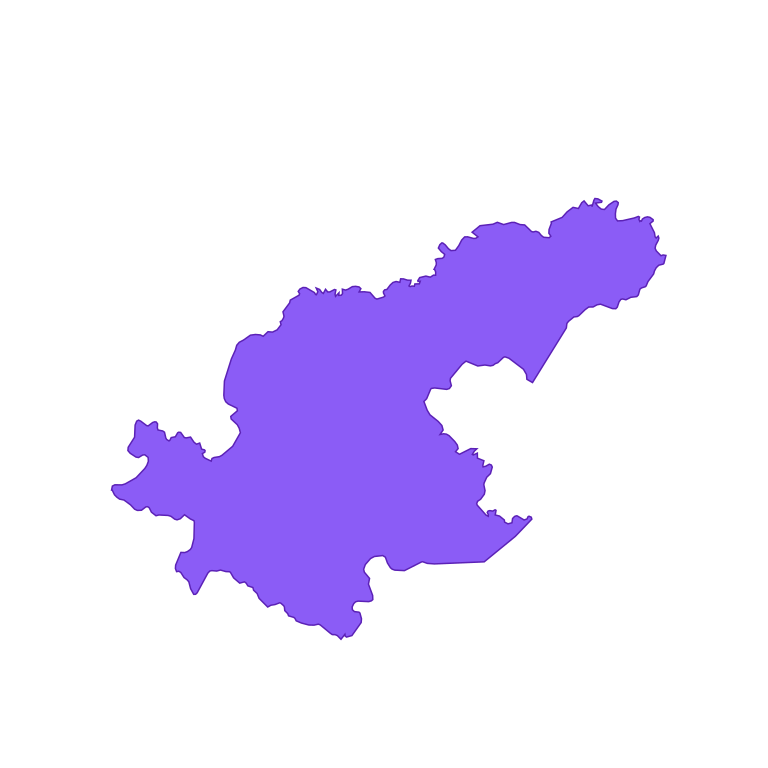 an SVG outline of Savanes, rotated 300°
{"feature_id": "CIV-3431", "entity_name": "Savanes", "entity_type": "Department", "adm_level": 1, "iso_a3": "CIV", "parent_name": "Ivory Coast", "parent_adm1": "", "projection": "albers", "projection_center": [-5.464, 9.628], "detail": "fine", "context": "isolated", "style": "filled", "palette": "violet", "viewbox_px": 768, "rotation_deg": 300, "n_neighbors": 0, "source": "natural_earth", "source_scale": "10m", "svg_char_len": 6171}
<svg xmlns="http://www.w3.org/2000/svg" viewBox="0 0 768 768"><g transform="rotate(300 384 384)"><path d="M351.7,240.3L359.5,243.9L362.6,247.9L364.7,252.4L364.9,255.5L371.3,257.4L373.2,261.5L377.5,264.4L383.9,265.2L386.1,263.0L387.7,263.9L390.7,264.0L392.7,263.5L396.0,260.4L407.0,261.7L409.8,260.9L418.4,266.0L420.0,265.8L421.3,263.4L424.2,263.7L427.1,265.6L428.4,268.2L428.4,278.0L427.3,280.0L427.5,280.8L430.8,280.6L433.2,277.3L433.7,281.0L432.2,284.2L432.1,286.2L436.8,286.0L435.6,289.2L436.6,291.0L441.1,293.9L441.4,295.3L437.3,296.7L435.7,298.2L440.5,299.4L438.1,300.5L439.5,302.6L441.5,302.9L445.3,300.5L446.1,303.7L448.0,305.4L452.5,307.9L454.4,310.6L455.6,313.9L455.0,316.3L451.3,316.4L454.0,320.8L456.3,326.1L453.8,333.4L454.0,335.4L459.1,340.2L460.7,340.8L462.6,338.0L463.9,337.2L465.9,337.5L467.3,339.2L472.9,339.9L476.4,341.0L478.8,343.2L480.0,346.9L483.4,345.8L484.8,348.4L485.7,352.5L487.4,355.5L484.5,356.5L481.4,356.6L481.4,357.9L482.9,359.3L483.8,361.4L486.1,360.7L488.4,364.5L491.1,364.0L489.8,362.2L490.4,361.6L494.0,361.7L498.4,366.3L499.7,370.7L503.0,372.4L504.0,374.3L506.9,372.7L508.6,370.4L508.4,370.0L513.2,369.7L515.3,368.6L517.5,366.2L519.5,367.9L522.0,371.7L524.1,372.4L526.6,371.7L527.3,367.4L528.9,363.1L532.6,362.7L535.1,363.5L535.5,364.4L535.1,367.5L533.4,372.1L533.0,375.3L535.5,379.0L541.2,379.6L547.5,379.3L551.7,380.3L553.3,382.9L554.8,388.7L556.0,390.6L558.4,391.8L559.5,384.4L569.1,388.0L576.9,398.5L580.7,401.3L581.9,407.9L587.8,413.8L589.2,416.3L590.1,422.1L592.1,426.3L589.8,435.5L590.2,437.1L592.2,439.2L592.7,442.2L591.3,446.0L590.9,448.9L593.3,453.9L595.4,454.6L597.0,451.4L600.3,449.7L606.9,448.6L607.9,447.7L617.4,455.0L624.6,456.5L631.5,459.4L633.2,464.6L639.8,464.6L642.6,465.7L640.4,471.7L642.9,474.4L641.6,475.5L648.1,473.9L650.1,473.9L651.3,476.7L651.4,481.3L650.1,481.5L646.4,476.7L644.7,480.9L644.1,484.8L645.4,487.7L651.7,489.2L657.2,491.9L658.6,493.8L658.2,496.2L656.3,497.0L651.4,497.5L647.1,499.3L643.4,501.6L642.0,504.7L644.8,509.0L652.9,517.7L656.3,520.5L656.3,521.8L654.1,522.4L652.7,524.3L653.6,524.6L653.8,525.5L656.0,525.3L658.5,526.5L660.5,528.6L661.3,531.0L660.9,534.9L659.7,535.6L655.8,534.1L650.3,542.5L647.0,545.2L646.5,546.7L649.2,547.5L647.8,549.1L645.4,549.7L640.1,549.9L637.1,550.9L635.4,553.3L633.6,559.7L635.3,561.2L636.3,563.9L628.3,566.1L627.4,565.8L624.3,562.6L620.8,561.6L617.2,561.7L614.1,562.5L604.6,561.4L600.0,562.0L598.8,561.6L596.0,559.0L594.1,558.2L588.3,559.7L586.1,559.2L582.5,554.4L577.9,551.4L577.0,548.2L575.7,546.8L572.6,546.5L567.2,547.6L565.1,547.1L563.5,544.1L561.4,531.6L559.1,528.9L555.3,526.6L553.0,522.8L548.9,521.0L540.6,518.6L539.1,517.7L537.0,514.9L530.6,512.5L527.9,512.1L523.7,513.9L459.5,511.9L459.5,505.4L463.5,502.6L466.5,497.4L468.8,479.3L468.0,475.1L466.7,474.1L459.3,471.9L457.3,470.2L454.7,469.1L452.9,467.1L450.9,461.9L446.5,456.2L444.8,443.6L440.2,441.8L422.2,438.7L419.9,439.6L416.2,443.2L412.8,442.9L410.7,441.0L405.9,429.8L403.8,427.2L402.8,427.0L392.6,428.3L388.8,427.3L382.9,434.5L380.3,439.2L378.7,449.6L377.0,454.9L373.7,458.2L368.3,457.8L370.7,460.5L371.8,463.2L371.8,466.2L369.6,474.0L367.8,478.0L365.1,480.5L361.1,479.8L360.9,484.5L371.4,491.4L374.3,496.8L371.0,495.8L367.2,495.7L367.2,496.8L370.8,499.4L366.5,502.0L367.5,508.9L362.9,510.3L361.8,511.2L363.6,513.2L367.2,515.3L367.5,517.5L366.2,519.3L359.6,521.0L354.6,519.6L348.4,520.2L346.7,520.8L342.2,524.8L338.7,526.0L332.5,525.3L329.2,523.7L326.7,524.1L325.7,525.3L321.5,537.9L321.6,540.4L323.0,539.7L324.4,537.6L326.1,537.7L327.3,539.0L328.3,541.7L330.6,543.1L330.6,544.2L326.2,545.8L327.4,550.1L326.4,556.2L324.7,557.5L324.9,561.3L327.8,564.2L331.8,562.6L334.6,563.3L336.0,564.5L336.4,565.4L336.3,573.3L338.6,575.3L341.2,575.1L342.0,575.7L342.3,578.1L340.9,579.6L317.7,573.9L280.1,559.7L253.4,517.6L250.3,511.2L249.4,506.3L248.7,505.5L232.6,495.0L228.2,486.4L227.7,483.5L228.1,481.4L230.7,476.5L234.7,471.8L234.8,468.7L229.8,461.9L226.1,459.6L218.3,458.1L213.4,459.0L211.2,461.1L208.4,468.7L202.9,470.6L195.2,479.9L191.7,482.1L189.9,481.5L187.9,479.6L183.0,470.1L181.2,468.3L178.7,467.6L175.0,467.9L172.7,469.5L172.1,472.2L173.9,476.4L173.6,477.7L169.4,481.9L166.0,483.5L150.1,482.0L146.1,478.1L146.3,476.4L147.7,475.3L141.4,474.4L142.8,469.4L142.5,467.0L141.1,464.5L141.3,462.1L143.5,449.1L143.2,447.2L140.2,444.0L137.7,439.4L135.7,432.0L135.0,426.4L136.5,424.1L136.8,422.6L135.5,417.3L137.0,415.4L138.1,411.4L141.1,409.2L141.8,408.1L142.6,404.2L142.4,403.1L138.5,399.9L135.9,396.7L132.7,394.8L135.9,383.0L139.1,378.9L140.2,374.2L142.2,372.2L141.1,367.0L142.6,364.3L142.9,362.1L139.4,358.6L140.9,350.7L144.1,345.2L144.2,344.1L142.5,340.9L141.1,335.4L138.4,332.7L136.3,328.2L135.0,326.7L132.1,326.0L109.8,326.6L107.7,326.0L106.7,324.4L110.0,318.9L115.1,313.9L116.0,311.3L116.4,307.6L119.2,302.2L119.2,299.9L117.8,298.2L119.9,295.6L123.0,294.1L136.6,292.3L138.4,295.7L140.5,297.5L143.8,299.0L146.2,299.2L155.1,296.7L169.4,288.9L170.6,287.8L170.3,283.8L171.0,276.6L165.5,275.0L162.9,272.7L162.3,270.3L162.9,265.6L162.2,262.7L158.0,254.5L155.9,252.4L156.7,246.7L159.5,242.4L159.5,240.5L158.5,239.2L153.4,237.1L151.2,233.6L150.9,230.6L152.6,224.9L153.5,216.8L152.1,212.6L152.4,209.3L153.3,206.0L156.2,201.7L155.9,201.1L159.8,199.8L162.1,201.3L165.6,207.5L168.2,209.9L178.9,216.2L191.2,219.1L194.9,219.3L199.2,218.6L202.5,216.4L203.1,212.2L201.8,210.5L197.6,208.2L196.7,205.7L197.1,198.8L198.3,195.5L201.3,194.1L213.2,194.6L224.0,189.0L228.2,188.4L230.0,189.5L230.2,191.9L229.3,199.3L229.8,200.7L235.0,202.9L236.6,204.3L237.2,205.7L236.3,207.8L232.6,209.7L231.2,211.3L232.7,215.9L232.5,218.0L228.1,222.1L227.3,223.5L227.2,226.2L228.1,226.7L231.2,226.5L234.0,229.7L238.6,229.7L239.6,230.3L240.4,232.1L237.8,237.9L238.4,239.6L241.3,243.0L238.6,248.5L238.1,251.7L240.7,253.9L236.4,258.6L237.2,261.5L236.8,262.4L235.3,262.9L232.9,261.5L230.7,263.9L230.3,266.3L230.8,272.9L233.5,272.3L235.4,273.6L238.8,277.8L241.2,279.3L254.4,284.1L270.0,284.0L273.3,280.7L275.4,277.3L277.3,269.1L279.3,267.5L287.5,270.4L289.5,268.8L288.8,259.1L289.5,255.8L291.6,252.9L294.2,250.9L306.8,244.3L329.3,239.3L339.1,238.3L343.9,237.1L347.8,237.8L351.7,240.3Z" fill="#8b5cf6" stroke="#5b21b6" stroke-width="1.5"/></g></svg>